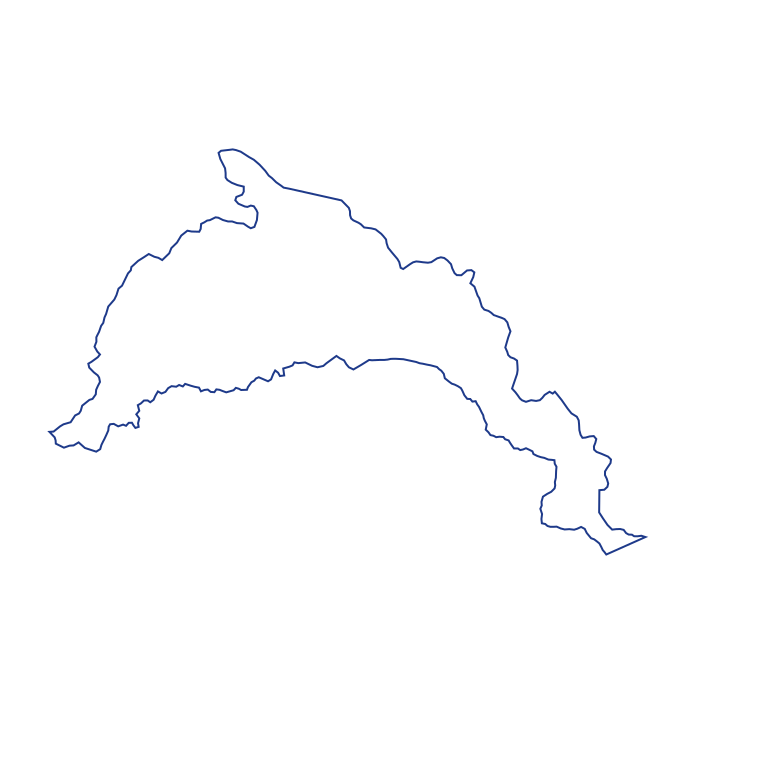 the district of São Pedro dos Crentes, Maranhão, Brazil, rotated 20°
{"feature_id": "56859067B67019144330304", "entity_name": "São Pedro dos Crentes", "entity_type": "district", "adm_level": 2, "iso_a3": "BRA", "parent_name": "Brazil", "parent_adm1": "Maranhão", "projection": "orthographic", "projection_center": [-46.661, -6.85], "detail": "fine", "context": "isolated", "style": "outline", "palette": "blue", "viewbox_px": 768, "rotation_deg": 20, "n_neighbors": 0, "source": "geoboundaries", "source_scale": "gbopen_adm2", "svg_char_len": 5199}
<svg xmlns="http://www.w3.org/2000/svg" viewBox="0 0 768 768"><g transform="rotate(20 384 384)"><path d="M139.6,542.3L139.3,537.9L139.7,534.1L140.1,531.2L140.5,526.9L140.8,522.0L139.9,518.3L140.4,515.5L143.7,513.9L148.7,514.7L152.7,511.4L155.9,511.5L157.4,507.8L160.4,506.6L162.5,508.4L165.4,510.3L168.1,508.2L166.3,505.0L165.8,500.0L161.6,497.2L163.2,492.9L159.9,488.1L162.2,485.4L164.1,481.6L167.6,480.3L170.6,481.1L172.9,477.6L173.2,473.3L174.1,468.3L178.2,469.0L181.3,466.2L182.6,461.7L185.1,458.7L189.7,457.6L191.8,455.0L195.8,455.1L197.1,451.9L203.0,451.7L207.0,451.4L211.4,450.7L214.5,453.5L217.3,451.0L220.3,449.5L223.9,450.7L227.4,449.7L228.3,446.4L231.5,445.7L234.3,445.8L238.6,445.8L241.1,444.0L244.8,441.3L246.1,438.3L249.1,438.1L251.8,438.5L257.2,436.3L257.2,433.5L258.8,427.7L260.9,425.3L261.8,422.6L264.0,420.5L274.1,421.1L276.3,418.3L276.5,412.5L277.1,408.5L280.6,409.6L283.5,412.1L287.3,410.1L284.0,403.9L289.2,400.1L291.7,397.8L292.4,394.3L296.3,393.7L302.6,390.7L310.2,391.5L315.8,391.0L320.8,387.8L322.8,384.2L329.7,373.9L333.7,375.0L338.4,375.5L341.8,378.3L345.3,380.3L350.3,380.8L356.1,373.8L361.8,366.5L364.6,365.8L372.6,362.5L375.8,361.4L379.1,359.8L381.9,358.0L386.4,356.3L393.7,354.1L406.7,352.3L410.4,352.3L413.4,351.7L417.8,351.1L421.3,350.5L428.0,349.9L430.7,351.2L433.3,351.9L436.7,354.0L439.2,357.8L444.2,359.5L447.6,360.5L450.6,360.4L454.2,360.8L457.7,361.6L459.8,363.4L463.4,367.1L467.3,369.5L470.2,368.6L473.1,370.3L476.0,368.8L478.6,371.3L481.1,373.0L485.3,377.1L487.9,379.4L489.4,381.9L491.2,383.9L494.4,386.8L495.2,392.1L498.6,393.6L501.5,395.6L504.6,395.2L507.6,395.6L510.6,394.0L514.3,393.0L516.7,394.5L520.4,394.4L522.6,396.2L525.1,398.0L528.2,400.1L531.9,398.8L534.6,399.5L537.0,398.0L539.4,395.8L542.8,396.1L546.5,396.5L548.4,398.7L552.6,399.2L556.4,399.1L559.9,398.6L564.3,398.8L567.6,397.9L570.2,397.3L571.7,400.5L574.4,402.8L575.5,406.9L577.6,413.4L578.1,417.7L579.6,420.8L580.0,423.8L578.0,428.1L574.9,431.5L571.9,435.5L572.3,440.9L573.8,444.2L573.6,447.8L577.0,452.1L578.1,457.0L580.0,460.9L583.4,460.4L586.2,461.5L589.2,461.3L592.2,460.2L595.0,459.0L599.4,459.3L603.5,458.9L607.8,457.0L612.5,455.9L615.0,454.0L618.1,450.9L622.2,451.5L625.4,454.6L631.3,458.1L634.7,458.1L638.2,459.2L641.0,460.2L644.0,462.9L646.3,465.2L648.8,466.6L651.2,468.2L682.0,438.4L677.7,438.6L674.3,440.4L671.1,441.5L668.5,440.8L665.4,441.8L662.5,441.3L659.1,439.1L655.5,439.5L651.8,441.0L648.2,442.8L642.2,440.0L635.6,435.3L630.1,431.1L622.7,410.1L627.2,408.0L629.1,404.2L628.7,400.8L625.8,396.9L622.8,394.0L621.6,390.5L622.4,386.7L623.9,380.8L623.1,377.3L619.4,375.6L612.2,375.2L606.9,375.1L603.9,373.8L602.6,370.8L602.7,367.0L602.3,363.1L598.9,361.2L595.2,362.9L591.7,365.4L588.9,366.7L586.1,364.5L583.4,360.6L581.1,355.2L579.4,351.6L576.4,348.8L570.2,347.5L565.1,344.4L556.4,338.3L550.3,334.6L547.2,332.8L545.8,335.3L542.2,334.7L538.7,339.3L537.5,342.9L536.0,345.9L532.7,347.9L527.8,348.9L523.5,352.2L519.3,352.1L516.7,351.1L513.4,348.8L510.3,346.8L505.9,344.5L505.6,329.1L504.8,325.2L503.2,321.3L501.0,316.5L497.5,315.6L493.7,315.6L490.8,314.3L488.8,311.6L485.5,308.2L484.8,297.7L484.8,291.2L481.6,287.7L478.8,283.9L475.1,281.8L472.3,281.6L463.6,281.7L460.4,280.4L457.2,279.6L452.8,279.8L449.5,277.9L444.2,270.8L441.7,268.9L435.7,261.6L430.7,259.8L431.3,253.0L430.7,248.2L427.2,247.1L423.2,248.9L419.5,255.3L415.2,256.8L412.4,255.7L408.6,252.0L406.0,248.5L401.4,246.2L397.5,245.0L394.1,245.5L391.0,247.7L386.8,253.3L383.8,255.0L378.8,256.3L375.5,257.0L372.4,257.8L369.7,259.7L367.5,262.5L362.7,269.4L359.9,269.1L356.6,264.2L353.8,261.9L346.3,257.6L341.2,254.5L338.3,250.8L336.5,247.5L332.7,245.2L330.0,243.8L323.2,241.6L318.7,242.1L311.8,243.7L307.6,241.8L304.9,241.2L299.2,240.7L296.5,239.7L294.4,237.0L292.9,233.2L290.7,230.5L281.3,226.0L228.1,232.9L222.5,233.8L219.7,232.9L213.7,231.3L208.2,228.8L204.4,227.6L199.5,224.3L192.1,220.5L185.0,217.8L179.5,216.9L169.9,214.7L164.9,214.8L161.6,215.3L158.7,216.8L154.5,218.9L151.1,220.6L149.5,223.4L153.3,228.6L160.9,235.7L163.0,239.9L164.6,244.2L167.1,245.9L172.1,247.0L178.2,247.2L184.7,246.5L186.4,251.2L185.9,254.7L181.3,258.7L181.4,262.2L185.5,264.4L192.5,264.8L195.1,264.3L197.8,261.9L200.9,261.5L204.6,264.2L206.6,266.3L208.5,273.4L208.5,280.7L205.5,283.2L202.5,282.7L197.1,281.3L190.8,283.1L185.8,283.2L181.9,284.6L176.5,285.0L171.5,284.4L168.7,285.0L164.3,289.6L161.9,290.9L159.9,293.5L157.4,296.1L158.7,301.0L158.3,304.1L151.1,306.5L146.8,307.2L142.7,313.9L141.1,321.9L137.7,329.0L137.5,334.6L133.2,343.4L128.8,342.6L124.7,343.0L118.5,342.3L115.0,347.0L110.9,352.3L106.6,360.5L107.2,363.8L105.6,367.6L104.2,381.2L101.9,385.2L102.2,392.0L101.7,396.9L98.4,405.5L98.9,413.3L98.6,417.0L99.3,422.6L98.3,426.1L98.4,432.5L98.0,435.5L97.7,438.5L99.3,442.7L99.2,447.9L103.4,451.5L107.0,453.4L105.9,456.7L101.4,463.4L99.2,466.0L101.4,469.4L107.4,472.3L112.0,473.8L114.1,475.4L116.4,479.2L115.8,483.7L115.5,487.9L116.7,492.3L115.2,497.7L112.6,499.7L107.8,507.6L108.2,512.9L107.5,516.0L104.5,519.2L102.6,527.1L96.6,531.5L94.1,534.6L89.8,541.7L86.0,543.4L92.8,546.8L94.7,549.3L96.0,552.3L105.0,553.3L109.6,549.5L113.3,547.9L117.0,543.3L124.8,546.4L136.7,546.0L139.6,542.3Z" fill="none" stroke="#1e3a8a" stroke-width="2"/></g></svg>